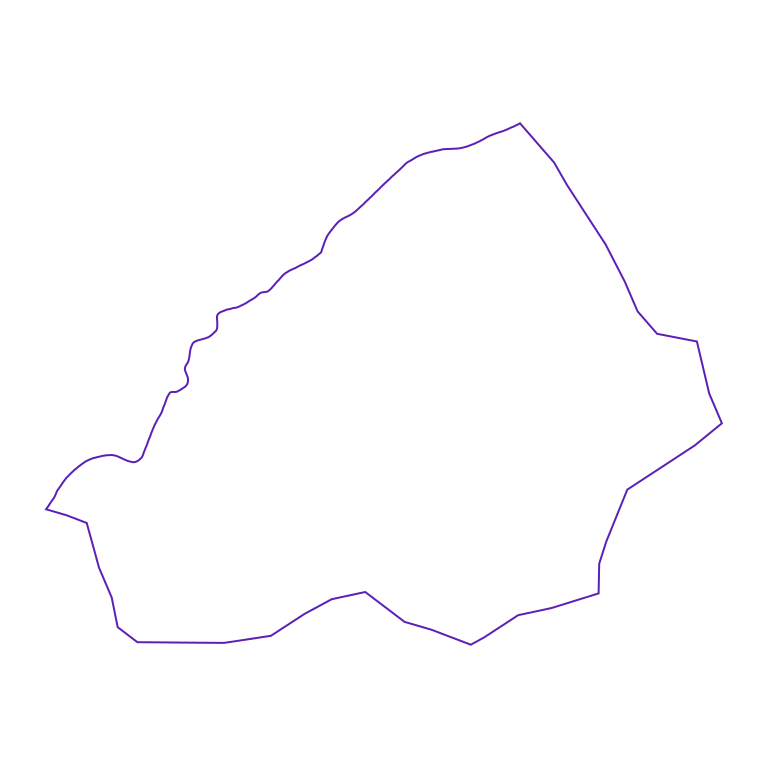 outline of Uiju, P'yŏngan-bukto, North Korea
{"feature_id": "82179303B2030756807209", "entity_name": "Uiju", "entity_type": "district", "adm_level": 2, "iso_a3": "PRK", "parent_name": "North Korea", "parent_adm1": "P'yŏngan-bukto", "projection": "orthographic", "projection_center": [124.548, 40.203], "detail": "fine", "context": "isolated", "style": "outline", "palette": "violet", "viewbox_px": 768, "rotation_deg": 0, "n_neighbors": 0, "source": "geoboundaries", "source_scale": "gbopen_adm2", "svg_char_len": 5749}
<svg xmlns="http://www.w3.org/2000/svg" viewBox="0 0 768 768"><path d="M721.9,423.3L709.2,393.5L696.9,341.5L657.1,333.8L637.6,311.4L624.8,281.7L605.6,244.4L586.2,214.6L566.9,184.8L554.0,162.4L520.0,123.3L519.4,123.7L517.3,124.8L515.5,125.6L513.6,126.6L510.7,127.7L508.7,128.7L506.7,129.6L504.9,130.3L502.8,131.2L500.7,131.8L498.9,132.4L497.4,132.9L495.6,133.5L493.9,134.2L491.7,135.0L489.9,135.7L488.0,136.6L486.3,137.5L484.9,138.3L483.3,139.3L481.7,140.1L479.9,141.1L478.2,141.9L476.2,142.8L474.2,143.8L471.9,144.6L469.7,145.5L467.6,146.3L465.6,146.9L463.6,147.4L462.1,147.8L460.7,148.0L459.0,148.4L457.3,148.5L455.8,148.7L454.3,148.7L452.7,148.8L450.8,148.9L450.1,148.9L448.5,149.0L446.2,149.0L444.3,149.2L442.5,149.3L440.9,149.8L439.0,150.2L437.3,150.6L435.1,151.0L433.4,151.5L431.0,151.9L429.2,152.4L427.5,152.8L425.9,153.3L424.0,153.8L422.4,154.4L421.1,155.0L419.3,155.7L417.9,156.3L416.9,156.8L415.6,157.5L414.2,158.4L412.7,159.3L411.1,160.3L409.6,161.1L408.8,161.5L407.8,162.1L406.6,162.9L405.5,163.8L404.5,164.9L403.3,166.1L402.2,167.2L401.0,168.3L399.7,169.6L398.3,170.8L396.7,172.3L395.3,173.5L393.8,175.0L392.2,176.3L390.7,177.8L389.4,179.1L388.3,180.1L387.3,181.0L386.3,182.0L385.0,183.1L383.8,184.3L382.5,185.5L381.4,186.6L380.2,187.8L379.1,189.0L377.8,190.2L376.8,191.1L375.5,192.3L374.0,193.8L372.4,195.5L371.3,196.6L369.8,197.9L368.5,199.3L367.3,200.3L366.6,201.0L365.2,202.3L363.9,203.7L362.7,204.9L361.4,206.0L359.8,207.4L358.5,208.7L357.1,209.9L355.9,211.0L354.5,212.1L353.1,213.2L351.7,214.1L350.2,215.0L348.7,215.8L347.2,216.5L345.5,217.3L344.0,218.1L342.3,219.0L340.2,220.4L338.7,221.6L337.5,222.7L336.2,224.2L334.9,225.7L333.7,227.2L332.6,228.6L331.4,230.2L330.3,231.5L329.4,232.8L328.4,234.2L327.5,235.5L326.7,237.1L326.1,238.6L325.4,240.0L324.8,241.6L324.1,243.3L323.5,245.3L322.9,247.1L322.3,248.7L321.7,250.4L321.3,252.0L320.9,252.6L320.2,253.2L319.4,253.8L318.4,254.5L317.6,255.3L316.8,256.0L315.5,256.8L314.2,257.9L313.0,258.8L311.7,259.7L310.2,260.6L308.6,261.4L307.2,262.1L305.8,262.8L304.5,263.5L302.8,264.3L301.4,264.9L300.0,265.5L298.5,266.3L296.8,267.2L295.6,267.9L294.0,268.6L292.6,269.2L291.2,269.8L290.0,270.4L288.7,271.1L287.4,272.0L286.0,272.7L284.9,273.6L283.7,274.5L282.9,275.3L282.1,276.2L281.3,277.0L280.6,277.8L279.8,278.7L279.1,279.6L278.3,280.5L277.2,281.5L276.2,282.6L275.4,283.6L274.2,285.1L273.2,286.2L272.2,287.3L271.5,288.2L270.6,289.0L269.7,289.9L268.8,290.7L267.8,291.3L266.8,291.8L265.7,291.9L264.4,292.1L263.4,292.2L262.3,292.4L261.3,292.6L260.4,293.0L259.6,293.6L258.7,294.2L257.8,294.9L256.9,295.9L256.0,296.7L255.2,297.4L254.5,297.8L253.4,298.6L251.8,299.5L250.3,300.4L248.7,301.3L247.2,302.4L245.4,303.4L244.0,304.2L242.5,304.9L241.0,305.6L239.6,306.4L238.3,306.9L237.3,307.3L236.3,307.6L235.2,307.8L234.1,307.9L232.7,308.2L231.5,308.6L230.5,308.9L229.5,309.0L228.5,309.4L227.8,309.5L226.8,309.6L225.9,309.9L225.1,310.3L224.1,310.8L223.0,311.1L221.7,311.7L220.7,312.0L219.9,312.5L219.3,313.0L218.7,313.4L218.1,314.0L217.5,314.8L217.2,315.7L217.0,316.5L217.0,317.4L217.0,318.8L217.1,320.5L217.3,322.1L217.3,323.3L217.2,324.6L217.3,325.8L217.2,327.0L217.1,328.3L216.7,329.3L216.4,330.1L216.0,330.8L215.3,331.5L214.5,332.2L213.8,332.9L212.9,333.8L212.1,334.5L211.3,335.2L210.4,335.9L209.2,336.7L208.1,337.3L206.9,337.7L205.8,338.2L204.3,338.6L202.2,339.2L200.9,339.6L199.9,339.8L198.9,340.1L198.2,340.3L197.2,340.7L196.2,341.1L195.3,341.5L194.5,341.8L193.9,342.3L193.3,342.7L192.9,343.3L192.4,344.0L192.1,344.9L191.7,345.7L191.2,346.7L190.8,347.8L190.6,348.9L190.3,350.2L190.0,351.9L189.8,353.4L189.6,355.0L189.4,356.4L189.2,358.0L188.9,359.2L188.7,359.9L188.5,360.8L188.2,361.7L187.8,362.6L187.2,363.4L186.7,364.1L186.2,364.9L185.7,365.9L185.3,366.7L185.0,367.6L184.9,368.6L184.9,369.0L184.9,369.7L185.1,370.5L185.5,371.6L186.0,372.8L186.4,373.8L186.6,374.5L187.0,375.5L187.5,376.7L187.8,377.9L188.0,379.2L188.0,380.6L187.9,381.8L187.6,383.0L187.3,383.8L186.8,384.7L186.2,385.6L185.6,386.2L184.8,386.9L184.0,387.5L183.0,388.1L182.0,388.8L181.0,389.5L180.0,390.1L179.0,390.6L178.0,391.1L177.1,391.6L176.0,391.9L174.3,392.0L173.6,391.9L172.5,392.0L171.2,392.1L170.3,392.4L169.8,392.9L169.1,393.9L168.3,395.3L167.5,396.6L166.8,398.3L166.2,400.0L165.4,402.1L164.8,404.0L163.9,406.1L163.1,408.0L162.5,410.1L162.1,411.1L161.3,413.1L160.4,414.7L159.4,416.4L158.4,417.9L157.5,419.4L156.6,421.2L155.5,423.3L154.7,424.9L154.0,426.5L153.3,428.2L152.5,430.0L151.9,431.6L151.2,433.3L150.6,435.1L150.0,436.9L149.1,438.7L148.4,440.6L147.8,442.1L147.3,443.8L146.8,445.1L146.1,446.7L145.5,448.2L144.9,449.7L144.3,451.2L143.8,452.3L143.4,453.7L142.9,455.1L142.3,456.4L141.6,457.6L140.6,458.5L139.5,459.6L138.1,460.7L136.7,461.4L135.6,461.9L134.5,462.1L133.1,462.2L131.9,462.0L129.9,461.5L127.9,461.0L126.1,460.2L124.5,459.6L123.2,459.0L122.1,458.4L120.5,457.7L119.2,457.1L117.8,456.5L116.5,455.9L115.1,455.6L113.5,455.3L111.9,455.0L110.2,455.1L108.3,455.2L106.2,455.3L104.5,455.6L102.3,455.9L100.1,456.5L99.2,456.7L96.9,457.2L95.3,457.7L93.5,458.0L92.0,458.6L90.1,459.4L88.6,459.9L87.2,460.7L85.5,461.5L84.1,462.5L82.5,463.6L80.8,464.9L79.0,466.2L77.6,467.4L75.8,468.9L74.0,470.3L72.5,471.8L71.1,473.1L69.7,474.5L68.0,476.3L66.3,477.9L65.3,479.4L64.1,480.8L62.7,482.8L61.3,484.9L60.0,486.8L58.5,488.9L57.0,491.0L56.2,493.1L55.3,495.2L54.4,497.1L53.2,498.9L52.0,500.6L50.7,502.5L49.4,504.4L48.4,506.1L46.9,508.0L46.1,509.3L66.9,515.4L86.7,523.0L92.9,545.3L99.0,567.6L111.7,597.5L117.6,626.8L117.7,627.2L137.4,642.2L164.0,642.4L184.0,642.6L224.1,642.9L270.9,635.8L304.7,613.8L331.7,599.2L365.2,592.0L404.6,621.9L431.1,629.6L470.8,644.7L484.3,637.3L518.1,615.2L551.6,608.0L598.6,593.4L599.2,563.7L606.3,541.5L627.3,489.6L661.1,467.5L694.8,445.4L721.9,423.3Z" fill="none" stroke="#5b21b6" stroke-width="2"/></svg>